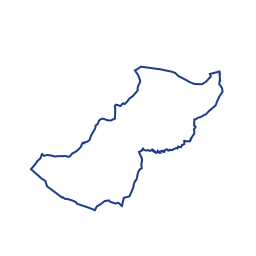 Suehn Mecca, Bomi, Liberia, rotated 207°
{"feature_id": "62588387B34365926899718", "entity_name": "Suehn Mecca", "entity_type": "district", "adm_level": 2, "iso_a3": "LBR", "parent_name": "Liberia", "parent_adm1": "Bomi", "projection": "mercator", "projection_center": [-10.641, 6.716], "detail": "fine", "context": "isolated", "style": "outline", "palette": "blue", "viewbox_px": 256, "rotation_deg": 207, "n_neighbors": 0, "source": "geoboundaries", "source_scale": "gbopen_adm2", "svg_char_len": 3753}
<svg xmlns="http://www.w3.org/2000/svg" viewBox="0 0 256 256"><g transform="rotate(207 128 128)"><path d="M98.0,55.7L98.0,55.8L99.3,60.8L100.0,63.9L98.2,65.5L95.9,67.5L95.6,68.2L95.8,69.4L95.7,69.4L96.0,73.6L96.3,77.7L97.1,80.1L97.5,82.0L97.6,84.5L97.0,85.1L97.5,88.1L98.7,92.0L98.9,94.5L98.6,96.5L97.5,98.4L98.9,100.4L99.8,102.1L100.2,103.7L100.3,104.5L101.7,107.1L105.0,109.6L107.3,111.7L105.9,113.4L105.3,114.5L105.6,115.3L105.5,115.8L105.3,116.5L103.9,115.8L101.5,116.1L100.0,117.5L98.1,117.4L96.9,119.1L95.0,118.8L95.7,119.7L94.1,119.5L91.6,118.6L91.1,119.7L91.1,121.0L89.5,119.9L88.3,120.5L89.6,121.0L88.4,121.8L87.8,122.8L87.1,122.6L86.7,123.3L85.8,122.8L85.0,122.9L84.7,123.5L85.0,124.7L85.2,124.8L84.2,126.3L83.4,126.7L81.9,126.0L81.1,126.7L81.0,127.3L81.0,127.6L79.9,127.6L79.1,128.2L78.4,128.5L78.2,129.2L77.1,130.5L76.0,131.9L75.5,132.1L74.7,132.1L74.8,134.3L74.5,134.3L73.8,134.3L72.1,134.9L71.9,135.6L72.3,137.2L71.4,138.1L70.5,139.2L71.2,140.6L72.1,142.0L71.2,142.5L69.8,142.6L68.9,143.2L66.7,144.4L67.2,146.6L66.8,146.6L67.0,148.8L66.4,153.0L67.5,155.2L68.6,156.6L68.6,157.4L68.1,159.2L68.5,159.8L70.2,160.2L70.8,162.0L71.2,162.2L72.6,165.7L72.7,165.8L71.7,166.4L70.4,168.8L68.3,170.7L68.0,171.1L66.3,173.8L64.9,175.3L63.9,178.6L63.3,180.5L63.1,180.9L60.2,188.0L60.6,191.4L60.7,191.8L60.9,197.7L60.3,202.1L60.2,203.2L62.2,206.1L66.7,208.7L68.0,212.4L67.7,212.4L71.3,218.3L71.0,218.4L72.2,219.9L74.3,217.9L79.0,213.8L79.6,213.3L78.1,211.9L77.6,211.5L77.9,210.1L78.3,209.4L78.9,206.8L79.5,204.6L80.1,203.7L81.6,201.2L81.9,200.7L82.8,200.2L87.1,198.2L88.9,197.5L89.2,197.3L91.5,197.1L94.1,196.9L98.5,197.2L98.8,197.1L103.3,197.2L104.5,197.2L105.9,197.2L106.5,197.1L109.4,198.0L111.0,198.5L113.9,198.1L114.4,198.1L115.9,197.7L117.9,197.1L118.4,197.0L119.1,196.8L124.3,195.4L126.3,194.9L128.9,193.9L132.2,192.7L135.5,191.6L140.7,189.8L144.5,188.4L145.5,186.2L147.0,183.7L147.9,182.6L147.7,182.5L146.5,181.6L143.8,180.2L143.5,180.1L141.4,178.2L139.0,176.1L138.1,174.7L138.0,169.9L137.4,167.5L136.9,166.8L136.5,166.3L136.7,164.5L136.8,164.0L137.4,161.8L138.2,158.5L138.7,157.6L140.2,154.6L140.6,151.7L140.9,150.3L141.4,149.6L141.4,149.4L141.6,148.3L142.2,147.6L143.6,147.7L144.2,146.5L144.3,145.0L144.6,144.4L144.8,144.1L148.3,143.6L149.3,143.2L149.6,143.1L149.6,142.5L149.5,141.4L149.5,141.1L148.2,139.5L146.9,136.9L146.3,135.6L146.2,135.5L145.3,133.7L145.1,133.1L144.5,131.5L144.3,131.3L143.9,130.6L144.2,129.7L144.3,129.6L145.6,128.7L146.0,127.7L146.2,127.3L146.4,127.1L147.2,126.7L149.6,125.6L154.0,125.1L154.6,124.7L154.8,124.7L155.0,124.6L155.7,124.2L156.0,123.6L156.5,123.1L156.7,122.4L157.2,121.6L157.1,120.8L156.9,117.5L157.0,117.4L158.0,115.4L157.7,114.9L157.2,113.4L157.1,112.3L157.1,111.1L157.1,110.9L157.5,104.2L157.4,103.6L157.3,103.3L157.0,101.3L156.9,101.0L157.0,99.4L158.0,97.4L158.4,96.9L161.3,94.5L160.9,94.3L161.2,94.2L161.7,93.1L161.7,91.6L161.5,91.2L161.4,90.7L161.5,89.6L161.9,88.2L162.0,87.8L162.8,85.5L163.2,84.3L164.3,82.5L166.1,80.0L166.6,77.7L166.9,76.9L166.9,76.5L168.1,75.2L170.4,74.9L174.0,73.0L177.6,71.1L180.6,69.2L183.6,68.8L184.9,68.3L185.4,68.1L187.5,67.3L189.0,66.3L189.8,65.6L190.2,65.0L191.2,65.1L191.8,65.1L192.1,65.4L192.8,66.2L193.0,66.5L192.8,65.2L192.7,64.5L192.3,61.2L193.7,57.5L194.2,53.7L195.6,47.9L195.8,47.3L181.9,43.7L181.6,43.6L179.3,43.5L179.0,43.5L178.5,43.3L177.6,43.3L177.4,43.0L173.7,39.3L155.2,36.1L154.9,36.7L152.1,36.3L151.7,36.3L149.7,37.3L144.8,38.1L142.0,38.3L141.8,38.2L140.3,38.2L139.3,37.3L127.2,39.1L120.9,39.7L120.2,39.7L120.2,43.9L118.4,46.8L117.5,48.2L117.4,48.4L116.3,50.9L115.6,52.3L113.5,53.8L113.4,53.9L112.8,54.4L112.2,54.8L111.8,54.6L110.7,54.2L107.6,54.6L104.8,55.0L103.4,56.4L102.7,57.0L100.0,56.3L98.0,55.7Z" fill="none" stroke="#1e3a8a" stroke-width="2"/></g></svg>